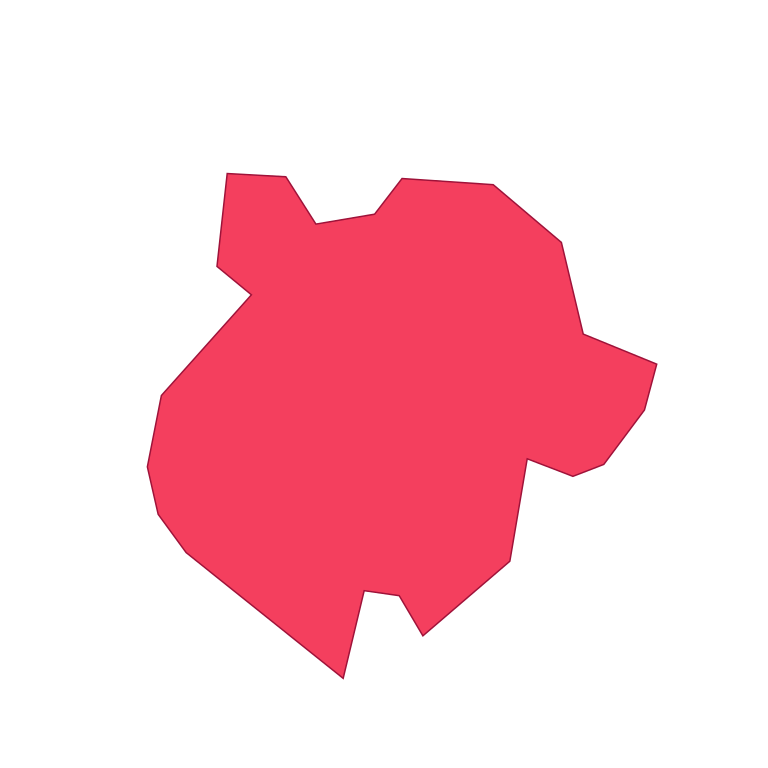 the border of Brussels, rotated 67°
{"feature_id": "BEL-3474", "entity_name": "Brussels", "entity_type": "Capital Region", "adm_level": 1, "iso_a3": "BEL", "parent_name": "Belgium", "parent_adm1": "", "projection": "albers", "projection_center": [4.373, 50.84], "detail": "fine", "context": "isolated", "style": "filled", "palette": "rose", "viewbox_px": 768, "rotation_deg": 67, "n_neighbors": 0, "source": "natural_earth", "source_scale": "10m", "svg_char_len": 470}
<svg xmlns="http://www.w3.org/2000/svg" viewBox="0 0 768 768"><g transform="rotate(67 384 384)"><path d="M639.0,536.6L461.9,632.0L415.7,642.8L367.8,634.2L307.6,593.4L250.1,471.2L210.5,491.8L129.0,446.1L154.9,393.4L210.2,384.2L224.0,326.3L201.9,287.1L243.2,205.6L323.0,165.4L415.9,181.1L472.3,125.2L509.7,154.4L543.9,213.1L542.8,246.2L508.8,281.4L596.3,337.4L631.0,446.6L584.8,452.7L566.5,483.0L639.0,536.6Z" fill="#f43f5e" stroke="#9f1239" stroke-width="1.5"/></g></svg>